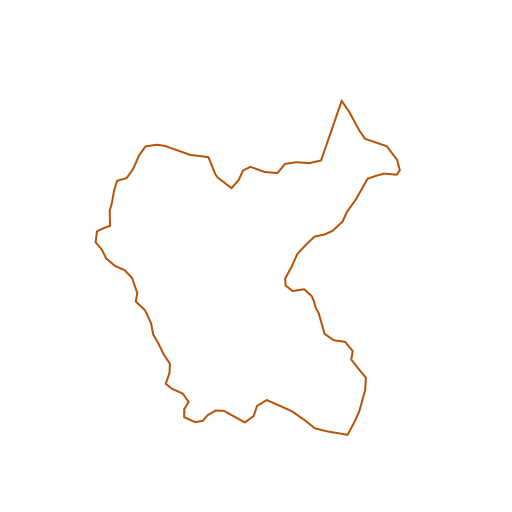 outline of Eumseong-gun, North Chungcheong, South Korea, rotated 24°
{"feature_id": "91817680B44245642839981", "entity_name": "Eumseong-gun", "entity_type": "district", "adm_level": 2, "iso_a3": "KOR", "parent_name": "South Korea", "parent_adm1": "North Chungcheong", "projection": "robinson", "projection_center": [127.624, 36.987], "detail": "fine", "context": "isolated", "style": "outline", "palette": "amber", "viewbox_px": 512, "rotation_deg": 24, "n_neighbors": 0, "source": "geoboundaries", "source_scale": "gbopen_adm2", "svg_char_len": 1431}
<svg xmlns="http://www.w3.org/2000/svg" viewBox="0 0 512 512"><g transform="rotate(24 256 256)"><path d="M271.2,79.5L275.5,129.7L276.6,142.2L266.8,149.6L254.9,153.8L245.1,160.0L241.9,171.5L229.9,175.7L214.7,176.8L209.3,183.1L209.3,193.5L206.0,204.0L188.7,199.8L185.4,197.7L172.4,185.1L161.5,188.3L155.0,190.4L127.9,192.5L120.3,194.6L110.5,200.8L108.3,211.3L108.3,227.0L106.1,237.5L98.5,243.8L99.6,253.2L102.9,266.8L103.9,274.1L110.4,287.8L105.0,293.0L100.7,298.2L103.9,308.7L112.6,312.9L120.2,319.2L131.1,322.4L141.9,322.4L151.7,326.5L162.6,338.1L164.7,346.5L176.7,350.7L187.5,360.1L194.0,369.5L202.7,375.8L211.4,383.2L221.2,389.5L224.5,397.9L225.5,409.4L233.1,411.5L245.1,411.5L253.8,416.7L252.7,425.1L256.0,432.5L267.9,432.5L274.4,428.3L276.6,420.9L282.0,413.6L289.6,410.5L313.5,412.6L319.0,403.1L317.9,392.6L324.4,383.2L336.3,383.2L351.6,383.2L367.9,386.3L379.8,389.5L391.8,387.4L412.4,382.1L413.5,366.4L413.5,355.9L410.2,333.9L406.3,323.6L405.8,322.4L397.1,318.2L385.2,311.9L383.0,303.5L372.2,298.2L361.3,301.4L350.4,299.3L336.3,282.5L332.0,279.4L327.6,274.1L323.3,270.0L313.5,266.8L303.7,273.1L295.1,271.0L291.8,264.7L292.9,252.1L292.9,237.5L297.2,224.9L301.6,214.5L310.2,208.2L315.7,201.9L321.1,189.3L321.1,178.9L324.3,163.2L325.4,151.7L326.5,140.2L331.9,134.9L339.5,128.6L351.5,124.5L352.5,119.2L346.0,110.9L330.8,102.5L308.0,104.6L299.4,99.4L283.1,86.8L271.2,79.5Z" fill="none" stroke="#b45309" stroke-width="2"/></g></svg>